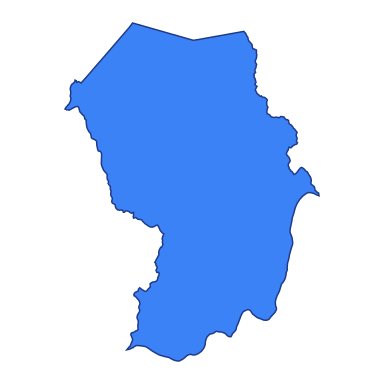 outline of Petrolina, Pernambuco, Brazil
{"feature_id": "56859067B80055839587511", "entity_name": "Petrolina", "entity_type": "district", "adm_level": 2, "iso_a3": "BRA", "parent_name": "Brazil", "parent_adm1": "Pernambuco", "projection": "natural_earth1", "projection_center": [-40.564, -9.053], "detail": "fine", "context": "isolated", "style": "filled", "palette": "blue", "viewbox_px": 384, "rotation_deg": 0, "n_neighbors": 0, "source": "geoboundaries", "source_scale": "gbopen_adm2", "svg_char_len": 5694}
<svg xmlns="http://www.w3.org/2000/svg" viewBox="0 0 384 384"><path d="M65.0,109.0L66.5,109.8L67.6,109.7L69.0,110.2L74.6,107.2L75.8,106.7L76.9,106.5L77.8,106.5L78.7,107.5L79.4,110.1L80.0,112.0L81.8,113.9L82.7,114.9L84.1,116.0L84.8,118.9L86.2,120.3L86.2,122.4L86.5,125.1L87.1,128.0L88.8,131.5L90.0,132.8L90.6,133.8L91.1,135.6L91.3,137.6L92.4,138.7L94.3,139.4L95.6,140.2L96.5,141.1L96.7,142.4L96.7,144.5L97.5,148.7L98.1,150.7L99.0,151.2L100.1,151.3L101.4,152.7L101.6,154.5L101.3,163.9L101.7,165.4L102.1,166.8L102.7,167.9L103.3,169.7L104.8,171.7L106.4,173.4L107.2,174.9L107.1,176.9L107.3,179.4L108.0,180.4L108.7,181.7L108.1,183.2L108.8,184.6L110.3,186.4L110.3,189.1L111.1,191.6L110.7,193.7L110.9,195.6L111.7,196.9L112.4,198.3L111.7,201.5L112.3,203.1L115.0,204.5L115.7,207.8L117.5,209.8L119.3,210.2L121.0,210.0L122.8,210.3L123.4,212.3L124.4,212.2L125.7,211.0L126.9,210.8L128.2,211.3L129.2,211.7L130.2,212.6L131.3,213.2L133.5,212.5L133.3,213.6L133.7,215.1L133.2,216.4L133.6,218.1L135.7,217.5L137.8,219.2L140.7,219.6L141.7,219.9L142.7,221.4L145.2,223.8L149.3,226.5L150.6,227.0L152.7,227.1L154.5,226.4L156.0,225.4L157.4,225.1L158.4,226.4L160.3,230.6L162.1,232.7L163.8,234.0L162.9,236.0L162.1,238.9L162.7,240.1L162.3,242.3L162.9,244.0L162.6,245.4L161.7,247.0L160.7,247.3L160.1,248.4L159.3,249.9L158.8,251.7L158.7,253.0L159.1,254.3L156.1,260.0L154.8,262.5L155.7,263.2L155.9,264.9L156.3,266.0L157.2,266.6L157.0,268.2L156.0,270.3L156.8,272.4L158.9,272.5L159.1,274.8L158.3,276.2L157.8,277.7L157.5,279.3L157.0,280.6L155.3,281.7L152.3,282.2L150.1,283.6L150.3,286.0L150.1,287.3L148.0,289.2L147.0,290.7L145.9,291.4L144.5,291.1L142.7,290.0L141.2,289.0L139.7,287.8L138.5,289.2L138.0,291.2L136.4,291.8L135.3,292.3L134.5,293.1L133.8,294.6L134.1,295.8L135.3,296.3L138.4,299.8L139.4,301.4L140.0,303.9L139.0,306.1L138.8,307.8L139.8,310.4L139.3,312.0L137.7,314.6L137.0,317.0L137.2,318.5L138.0,320.3L138.3,321.7L138.1,323.8L137.9,324.9L137.9,327.4L138.2,329.1L137.1,330.5L135.6,331.0L133.5,332.5L132.1,332.6L131.1,333.3L130.8,334.7L132.4,338.6L132.6,339.9L132.2,341.1L130.9,344.1L130.0,346.3L129.1,346.9L126.8,349.8L129.9,349.1L131.5,348.2L133.1,347.6L134.1,346.7L135.9,345.7L137.4,345.5L142.5,346.0L145.2,346.5L146.8,347.2L147.8,347.9L149.9,349.3L152.3,351.1L159.1,354.9L165.3,356.7L167.3,357.1L168.6,357.3L169.8,357.9L171.4,358.9L174.4,360.3L177.0,360.9L179.1,361.0L180.9,360.2L183.6,358.6L187.0,355.6L188.4,354.8L190.8,354.3L192.4,354.9L194.7,355.0L195.7,354.7L198.3,353.6L201.5,351.2L202.5,349.9L203.3,348.9L204.0,347.7L204.5,346.6L205.1,344.8L205.5,341.2L205.9,339.8L206.4,338.3L207.4,336.5L208.6,335.4L209.5,334.4L210.5,333.9L212.2,333.7L213.2,333.3L214.1,332.8L215.7,331.6L216.6,331.3L218.5,331.8L219.7,332.0L221.5,331.9L224.6,333.2L225.8,333.9L226.5,334.8L227.8,336.0L228.9,336.5L230.2,336.8L231.2,336.5L231.7,335.5L232.2,334.1L234.1,332.0L235.2,330.9L236.1,329.4L236.5,327.1L237.0,325.8L237.6,324.5L238.1,323.5L240.4,317.2L240.9,316.0L242.0,313.6L242.7,312.4L243.7,311.4L246.6,310.0L248.0,309.6L249.3,309.9L250.5,310.7L252.5,313.9L253.5,314.7L257.1,317.5L263.8,320.1L266.4,320.3L267.6,319.9L268.9,319.4L269.8,318.2L270.6,317.2L271.5,316.1L274.8,312.6L276.1,310.3L276.5,309.0L276.3,307.6L275.6,305.6L275.3,302.9L275.4,301.5L275.7,299.8L277.1,295.7L279.3,291.4L281.5,284.1L283.1,282.2L283.9,280.9L284.7,279.5L285.3,277.8L286.1,274.5L286.1,273.0L287.2,270.1L287.2,266.7L287.5,263.7L287.8,262.1L288.7,259.3L289.4,255.1L291.3,248.2L292.6,244.2L292.7,242.7L292.2,238.4L291.5,236.1L290.2,232.8L290.0,230.9L290.2,228.9L291.7,221.7L292.4,217.4L293.7,213.6L295.1,208.3L295.9,206.2L297.0,203.6L298.0,202.0L299.3,200.0L300.0,199.1L302.9,196.0L305.6,193.9L307.1,193.0L308.6,192.6L311.1,192.7L313.8,193.4L315.5,194.3L317.2,195.1L319.0,195.8L318.6,193.0L317.3,192.4L316.1,191.1L315.0,190.1L314.7,188.0L314.2,186.6L311.5,184.4L310.7,182.9L311.2,181.5L311.3,180.2L310.8,178.0L310.1,176.5L308.8,174.6L307.3,171.8L306.2,171.4L304.2,169.1L302.8,168.0L301.4,167.4L300.2,168.1L299.5,169.1L298.3,170.4L297.6,171.6L296.2,173.2L294.9,174.1L293.9,174.5L292.1,171.6L290.8,171.1L290.5,170.0L289.1,168.6L289.0,167.1L288.2,166.0L288.5,163.6L290.0,161.5L290.1,160.2L289.1,157.6L287.4,155.6L286.7,154.5L286.3,153.3L287.2,151.7L288.2,149.8L288.9,147.3L290.9,147.8L293.0,145.8L294.6,144.8L296.8,144.0L297.5,142.7L296.4,141.6L296.7,140.0L297.1,138.6L296.8,137.2L296.2,135.9L296.3,134.1L297.1,132.4L294.7,129.2L293.2,128.0L292.8,126.7L292.0,126.0L291.4,125.1L289.8,124.3L289.0,123.4L288.7,122.0L288.6,120.6L287.6,119.7L286.4,119.8L284.9,118.5L284.1,117.1L282.6,116.7L280.7,116.5L279.5,117.7L277.2,117.3L276.0,117.1L274.8,117.4L273.1,117.4L271.0,116.7L270.2,115.5L269.1,114.5L267.2,113.7L266.8,112.2L267.0,110.2L267.3,108.9L267.9,107.2L266.9,105.6L266.6,102.2L267.3,100.0L266.7,99.1L265.7,98.2L264.5,97.4L263.5,97.3L262.4,97.0L261.3,95.9L260.3,96.3L259.4,95.6L258.6,94.8L257.9,94.2L256.8,93.5L256.5,92.2L255.9,91.2L255.3,89.6L256.3,87.7L257.0,86.3L255.6,85.4L254.9,84.0L256.0,82.4L255.0,78.5L254.0,77.1L254.3,75.6L253.7,74.1L254.9,73.2L255.6,72.4L254.8,70.4L255.1,69.2L255.8,68.2L256.0,66.7L256.6,64.3L255.4,62.5L255.3,60.8L255.9,59.4L256.6,57.5L256.5,56.1L256.8,54.9L256.3,52.9L256.5,51.7L256.4,50.0L255.3,49.6L254.4,49.0L253.1,48.9L252.5,47.9L252.0,44.5L248.8,40.8L248.1,39.3L247.9,37.4L246.9,36.1L245.7,33.5L243.8,31.4L208.6,37.7L199.2,39.4L193.5,40.3L190.8,39.6L132.6,23.0L128.9,27.9L127.5,29.5L100.2,61.2L99.3,62.1L95.9,66.1L94.6,67.6L87.0,76.4L81.1,83.0L78.6,81.6L76.6,82.3L76.3,80.7L75.0,80.2L75.0,81.5L73.5,83.0L71.8,84.4L71.1,85.6L70.6,87.0L70.3,88.3L70.3,89.9L70.8,91.3L70.7,93.6L70.2,96.1L70.9,98.0L70.6,100.5L70.1,101.9L68.7,104.5L67.8,105.1L67.1,106.2L66.0,107.3L65.0,109.0Z" fill="#3b82f6" stroke="#1e3a8a" stroke-width="1.5"/></svg>